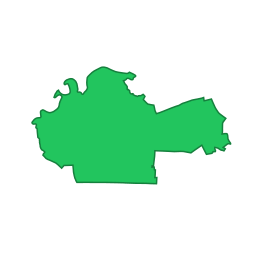 the district of Quang Dien, Thừa Thiên - Huế, Vietnam, rotated 144°
{"feature_id": "81297802B21993860278161", "entity_name": "Quang Dien", "entity_type": "district", "adm_level": 2, "iso_a3": "VNM", "parent_name": "Vietnam", "parent_adm1": "Thừa Thiên - Huế", "projection": "orthographic", "projection_center": [107.498, 16.59], "detail": "fine", "context": "isolated", "style": "filled", "palette": "green", "viewbox_px": 256, "rotation_deg": 144, "n_neighbors": 0, "source": "geoboundaries", "source_scale": "gbopen_adm2", "svg_char_len": 5552}
<svg xmlns="http://www.w3.org/2000/svg" viewBox="0 0 256 256"><g transform="rotate(144 128 128)"><path d="M201.3,114.0L196.8,110.8L193.3,108.3L187.1,103.7L178.7,97.6L169.0,90.3L163.5,86.1L162.6,85.3L154.0,78.6L151.4,76.7L145.9,72.6L141.9,69.4L137.7,66.2L137.4,66.5L134.7,69.9L133.8,71.0L134.7,71.6L135.4,72.1L134.7,72.8L133.2,74.6L130.8,77.6L130.5,78.0L131.2,78.6L129.8,81.0L131.6,82.3L130.7,83.2L129.7,82.3L128.1,84.1L123.0,89.6L119.6,93.8L113.7,89.2L109.7,86.0L104.4,81.7L99.2,78.2L97.0,76.5L91.7,70.9L88.7,70.9L87.5,70.9L78.4,70.7L79.4,64.6L80.0,60.6L75.7,58.5L75.0,58.2L74.3,58.3L73.8,58.4L73.4,58.7L73.1,58.9L72.0,58.1L71.4,57.7L71.2,57.6L70.7,58.0L70.4,58.5L70.2,59.9L69.5,60.9L69.2,61.3L68.4,60.5L67.9,59.9L67.1,58.9L66.6,57.6L66.4,57.1L66.1,56.3L65.9,55.8L65.5,55.2L64.7,54.4L63.8,53.1L61.5,54.0L62.4,56.4L59.5,56.5L59.3,56.5L59.2,56.5L57.1,56.6L56.4,56.5L55.9,56.2L54.5,54.8L54.0,55.3L53.9,58.2L53.5,60.5L53.4,60.7L53.3,60.8L51.7,63.5L51.4,64.4L51.3,64.9L51.4,65.3L52.3,66.1L53.2,66.7L54.1,67.1L55.4,67.9L55.0,68.2L54.4,68.7L52.8,70.8L52.2,71.7L49.0,75.9L48.1,76.7L43.2,78.3L44.3,81.6L45.6,85.9L45.8,87.4L45.7,90.8L45.5,93.2L44.3,99.0L43.5,102.4L48.7,104.5L50.4,105.3L50.0,106.2L49.1,107.8L48.9,108.2L50.6,108.7L55.1,110.7L55.5,110.9L56.3,111.3L59.1,112.6L59.6,112.8L60.4,113.1L61.6,113.4L65.2,114.5L67.2,115.1L69.2,115.8L71.2,116.1L72.4,116.2L73.8,116.4L76.0,117.2L81.3,118.7L83.7,119.3L88.9,120.6L93.4,121.8L96.6,122.9L96.3,124.5L95.9,126.3L94.7,128.9L93.7,131.3L95.8,133.4L97.8,135.6L98.0,136.0L98.4,138.1L98.9,142.0L98.0,142.5L95.7,143.6L95.7,143.9L95.7,144.3L95.8,144.7L95.8,145.5L95.9,145.9L96.0,146.2L96.0,146.3L96.3,146.4L96.9,146.4L97.5,146.5L98.0,146.5L98.5,146.6L98.9,146.8L99.1,146.9L99.2,147.0L99.4,147.1L99.7,147.4L100.4,147.8L100.6,147.9L100.8,147.9L100.9,148.0L101.6,147.9L101.8,148.0L102.0,148.1L102.1,148.3L102.2,148.5L102.3,148.7L102.4,149.0L102.5,149.2L102.7,149.4L102.9,149.5L103.1,149.7L103.3,149.9L103.5,150.5L104.1,151.8L104.3,152.1L103.8,152.7L104.0,153.0L104.3,153.2L104.8,153.4L105.3,153.6L105.6,154.1L105.7,154.4L105.7,154.7L105.6,156.1L105.4,156.4L105.0,156.7L104.9,156.8L104.8,157.1L104.8,157.4L104.8,157.6L105.0,157.9L105.3,159.2L105.6,159.3L105.8,159.3L105.9,159.6L105.7,160.0L105.2,160.8L104.8,161.3L104.6,161.5L104.3,162.1L104.3,163.1L104.3,164.3L104.5,165.7L104.3,166.8L104.1,167.3L103.9,168.9L102.1,168.4L101.8,168.4L101.4,168.4L101.0,168.4L100.6,168.5L100.1,168.7L99.7,168.7L98.9,168.3L98.6,168.0L98.3,167.7L97.4,165.9L97.2,165.4L96.9,165.1L96.7,164.9L96.4,164.7L96.1,164.5L95.8,164.4L95.5,164.4L95.3,164.5L95.1,164.6L94.3,165.3L94.1,165.3L93.6,165.5L93.0,165.4L92.7,165.4L92.2,165.3L91.6,165.3L91.4,165.4L91.2,165.6L91.1,165.8L91.1,166.3L92.1,168.7L94.1,172.3L95.3,172.2L96.0,172.4L96.9,172.8L100.1,175.8L103.1,178.8L104.9,180.8L106.5,183.3L108.0,185.9L109.5,188.8L110.2,189.7L111.2,190.9L112.4,191.9L113.4,192.5L114.3,192.8L115.9,193.1L117.9,193.4L119.0,193.6L122.0,194.0L124.5,194.0L127.6,193.6L129.9,193.2L131.2,192.8L132.4,191.6L134.6,189.0L136.0,186.8L136.8,184.8L137.6,184.0L138.5,183.4L140.3,182.8L142.0,182.6L143.5,182.1L144.2,181.8L144.7,181.8L145.1,182.2L145.3,182.6L145.3,183.7L145.2,184.2L145.5,184.8L146.2,185.7L147.4,186.4L147.6,186.9L147.5,187.3L147.1,187.8L146.5,188.1L145.7,189.0L145.2,190.1L144.3,191.9L143.4,193.8L143.1,195.4L142.9,196.5L143.3,198.6L143.6,199.5L144.3,200.7L145.3,201.5L146.7,202.2L148.2,202.6L148.7,202.7L149.2,202.9L150.0,202.9L150.9,202.9L152.0,202.6L152.8,202.2L153.4,201.7L153.7,201.1L153.8,200.7L153.7,200.3L153.3,200.0L152.8,200.0L151.8,199.8L151.1,199.5L150.7,199.2L150.7,198.8L150.9,197.3L151.2,196.1L152.2,193.4L153.1,191.8L153.7,191.0L154.5,190.5L155.2,190.3L156.1,190.3L157.1,190.6L158.0,191.0L159.4,191.7L160.7,192.9L161.4,193.8L161.9,195.0L162.3,196.6L162.3,198.2L162.0,199.4L162.7,199.5L163.3,199.5L163.8,199.5L164.4,199.2L164.8,199.0L167.0,198.2L169.8,196.3L169.5,195.7L169.2,195.5L168.7,195.4L168.1,195.4L167.0,195.6L166.2,195.6L165.3,195.6L164.4,195.3L163.8,195.0L163.2,194.1L163.0,193.2L163.0,192.3L163.3,191.8L163.8,191.4L165.6,190.4L167.5,189.3L169.1,188.1L170.2,186.9L171.4,186.0L172.1,185.5L173.4,185.2L174.6,185.0L175.7,185.0L176.0,185.0L177.1,185.0L178.1,185.0L179.7,185.3L180.9,185.7L182.2,186.3L183.1,187.2L184.4,189.1L185.2,190.9L185.9,192.3L186.6,192.9L187.3,192.9L188.1,193.1L188.8,192.8L189.3,192.5L190.0,191.5L190.1,191.2L190.9,189.9L191.6,188.5L192.0,188.2L192.5,188.0L193.0,188.0L194.3,188.8L195.5,189.5L196.4,189.8L197.6,190.0L199.1,189.9L200.6,189.5L202.3,189.0L202.7,188.3L202.7,187.9L202.7,187.6L202.5,187.2L202.3,187.0L202.2,186.8L201.9,186.5L201.7,186.4L200.9,186.0L200.6,185.8L200.4,185.7L200.2,185.4L200.2,185.0L200.2,184.5L200.3,184.3L201.1,183.6L202.0,182.8L202.3,182.3L202.3,182.0L202.1,181.6L202.0,181.4L201.9,181.2L202.0,180.8L204.1,177.4L206.4,173.4L206.4,173.1L206.3,172.7L206.1,171.9L206.0,171.5L206.1,171.2L206.5,170.6L207.0,169.9L207.4,169.1L208.1,168.2L208.6,167.1L209.2,165.7L210.0,164.4L210.3,163.4L210.5,162.6L210.6,161.3L210.4,160.6L209.8,159.5L209.5,158.2L209.4,157.7L209.5,157.4L209.8,157.3L210.4,157.1L211.2,156.9L211.7,156.8L212.2,156.3L212.7,156.1L212.8,155.8L212.7,155.5L212.6,154.9L212.5,154.6L212.3,152.5L212.2,151.5L212.1,151.3L211.3,149.6L210.6,148.6L209.1,146.0L207.0,142.2L206.3,139.7L205.3,134.5L201.7,135.3L201.5,135.1L199.2,133.5L197.4,132.3L194.4,130.3L194.9,129.5L196.4,126.9L198.0,124.3L199.1,121.9L199.3,121.5L199.5,121.0L200.3,119.0L200.4,118.8L200.5,118.2L200.6,117.6L200.8,117.0L201.0,116.1L201.2,115.2L201.3,114.2L201.3,114.0Z" fill="#22c55e" stroke="#15803d" stroke-width="1.5"/></g></svg>